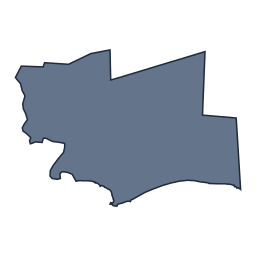 the district of Juan L. Lacaze, Colonia, Uruguay
{"feature_id": "84410073B83500791837545", "entity_name": "Juan L. Lacaze", "entity_type": "district", "adm_level": 2, "iso_a3": "URY", "parent_name": "Uruguay", "parent_adm1": "Colonia", "projection": "albers", "projection_center": [-57.44, -34.396], "detail": "fine", "context": "isolated", "style": "filled", "palette": "slate", "viewbox_px": 256, "rotation_deg": 0, "n_neighbors": 0, "source": "geoboundaries", "source_scale": "gbopen_adm2", "svg_char_len": 2038}
<svg xmlns="http://www.w3.org/2000/svg" viewBox="0 0 256 256"><path d="M21.3,66.1L15.4,77.5L17.6,80.3L20.5,83.6L22.2,90.6L25.0,95.9L22.7,104.0L23.4,109.0L25.7,113.7L27.4,119.6L25.9,121.8L24.3,123.9L22.3,127.8L23.1,131.2L26.0,133.1L30.8,137.7L29.5,140.7L30.3,143.8L32.3,143.2L35.5,141.9L42.1,142.5L43.3,138.3L45.8,138.2L52.5,141.5L58.0,142.1L64.6,143.4L64.7,147.1L63.6,152.3L58.3,158.6L53.2,165.4L50.3,170.6L50.0,176.0L52.1,178.5L57.2,179.3L60.4,178.5L59.9,173.8L61.9,171.7L67.4,172.3L72.2,174.3L76.0,181.2L78.1,180.8L80.7,180.6L83.1,180.8L87.2,180.8L90.6,181.0L94.8,181.9L95.2,182.3L94.8,182.6L95.6,183.0L96.7,183.1L97.4,183.1L97.7,183.4L99.3,184.8L99.9,185.5L100.0,185.8L100.1,186.2L100.2,186.4L101.3,185.7L102.1,185.5L102.9,186.0L103.2,186.3L104.4,186.7L104.5,187.2L106.4,188.0L107.5,188.6L108.0,189.1L108.6,189.2L109.9,190.0L111.1,191.5L111.6,193.0L111.8,193.6L111.9,194.9L112.7,197.3L113.1,198.2L113.2,198.4L113.4,198.9L113.2,199.0L113.5,200.0L113.9,201.1L113.5,201.8L113.4,201.8L113.0,202.5L112.6,203.0L112.3,203.5L112.0,203.2L111.9,203.4L110.8,202.6L110.7,202.7L110.8,202.8L110.1,203.9L110.0,204.1L111.3,204.3L112.6,204.6L112.6,205.1L112.8,205.3L113.5,205.8L114.3,205.8L115.2,206.1L116.1,206.1L116.9,206.1L117.1,206.0L117.3,205.8L117.4,204.4L118.5,204.1L119.8,203.6L122.4,203.1L124.9,202.0L127.7,201.2L129.0,201.2L129.7,201.3L130.1,201.5L130.4,201.6L131.1,199.9L131.3,199.8L133.1,199.1L139.9,195.2L145.6,192.1L153.7,188.8L162.3,185.6L170.6,183.1L179.1,181.2L187.4,180.3L194.2,180.6L199.9,181.8L202.7,182.2L205.1,182.4L206.0,182.7L207.8,182.7L209.1,183.5L218.5,183.8L222.9,183.8L225.0,183.8L227.1,184.1L228.4,184.1L229.6,184.2L231.3,184.6L232.7,185.0L233.5,185.2L234.3,185.3L234.6,185.8L234.3,186.1L234.5,186.7L235.2,186.8L235.5,186.5L236.6,187.2L236.7,188.0L237.2,188.0L237.7,187.9L238.1,187.7L239.0,188.2L239.0,188.5L239.4,188.8L240.3,189.0L240.6,189.3L236.2,118.0L202.5,115.1L205.0,51.6L114.7,78.9L110.7,80.0L110.0,49.9L90.7,53.6L68.5,64.3L44.6,62.7L43.1,66.9L21.3,66.1Z" fill="#64748b" stroke="#1e293b" stroke-width="1.5"/></svg>